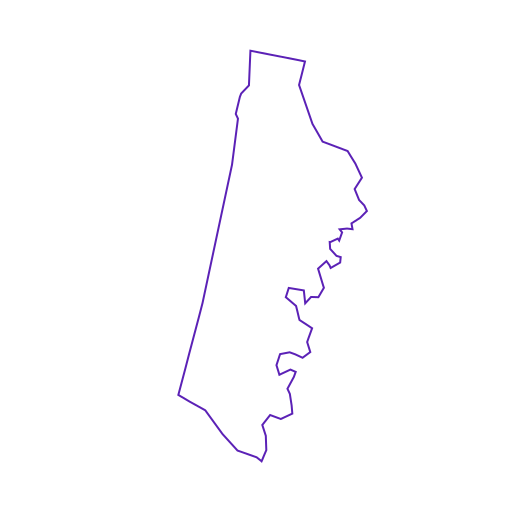 outline of Kparblee, Nimba, Liberia, rotated 335°
{"feature_id": "62588387B31416079447902", "entity_name": "Kparblee", "entity_type": "district", "adm_level": 2, "iso_a3": "LBR", "parent_name": "Liberia", "parent_adm1": "Nimba", "projection": "orthographic", "projection_center": [-8.524, 6.647], "detail": "fine", "context": "isolated", "style": "outline", "palette": "violet", "viewbox_px": 512, "rotation_deg": 335, "n_neighbors": 0, "source": "geoboundaries", "source_scale": "gbopen_adm2", "svg_char_len": 1432}
<svg xmlns="http://www.w3.org/2000/svg" viewBox="0 0 512 512"><g transform="rotate(335 256 256)"><path d="M175.8,443.1L178.5,440.6L183.3,436.3L188.9,423.1L190.3,411.8L201.6,406.1L209.6,414.2L222.3,414.2L225.1,406.6L228.4,395.3L228.4,389.6L239.2,381.6L243.0,377.8L239.2,373.5L227.0,373.5L227.4,370.8L228.4,363.6L233.0,358.7L235.4,356.1L236.4,355.1L239.1,355.8L245.8,357.5L250.0,361.7L255.2,367.9L264.6,366.0L266.0,355.6L268.8,352.7L276.3,345.2L268.4,332.4L268.7,330.5L270.1,323.8L271.2,318.2L265.6,305.9L266.5,305.0L272.2,298.8L284.8,307.4L280.6,319.7L288.6,316.4L295.1,319.7L304.1,313.5L304.4,311.0L306.9,293.7L317.7,290.4L318.7,295.6L318.6,298.4L329.5,297.5L332.3,292.8L329.0,289.9L326.2,280.9L328.7,274.5L329.1,274.8L337.5,274.8L337.9,277.2L344.0,271.0L343.1,267.2L350.1,269.6L354.8,272.5L355.9,268.3L356.3,266.8L366.6,265.4L375.5,262.1L375.5,255.9L373.1,248.8L373.7,237.0L385.1,229.8L385.1,224.6L385.1,214.2L384.0,205.1L383.4,199.6L364.7,180.5L363.9,170.6L363.4,164.8L363.0,160.2L363.7,153.5L365.4,137.3L367.3,119.2L371.2,114.4L371.8,113.7L382.6,100.4L378.7,97.5L378.2,97.1L352.5,78.4L337.7,67.6L332.4,77.8L321.7,98.4L311.2,102.5L310.3,103.4L308.7,104.9L297.7,118.7L297.7,123.9L281.8,149.0L272.8,163.2L231.5,217.9L187.6,276.1L178.7,286.9L154.4,316.0L144.1,328.5L126.9,349.1L134.5,360.2L144.8,374.4L150.4,403.2L157.0,424.5L171.5,438.7L174.0,443.7L174.3,444.4L175.8,443.1Z" fill="none" stroke="#5b21b6" stroke-width="2"/></g></svg>